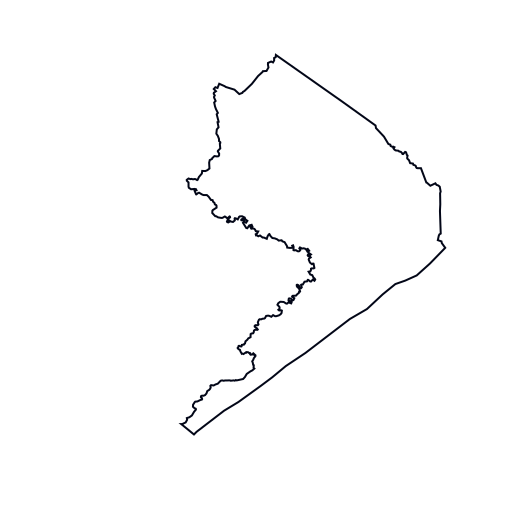 Jomoro, Western, Ghana, rotated 310°
{"feature_id": "2480657B70421803893954", "entity_name": "Jomoro", "entity_type": "district", "adm_level": 2, "iso_a3": "GHA", "parent_name": "Ghana", "parent_adm1": "Western", "projection": "robinson", "projection_center": [-2.777, 5.196], "detail": "fine", "context": "isolated", "style": "outline", "palette": "ink", "viewbox_px": 512, "rotation_deg": 310, "n_neighbors": 0, "source": "geoboundaries", "source_scale": "gbopen_adm2", "svg_char_len": 6154}
<svg xmlns="http://www.w3.org/2000/svg" viewBox="0 0 512 512"><g transform="rotate(310 256 256)"><path d="M297.4,160.1L293.1,164.1L290.5,163.6L288.5,162.6L286.6,160.1L284.4,161.5L279.8,161.5L276.9,162.3L276.3,162.1L276.0,160.3L275.6,159.6L274.3,158.5L273.5,156.9L272.7,156.3L272.0,154.5L269.8,154.0L269.2,154.6L269.0,157.0L265.8,159.7L265.1,160.7L265.4,163.4L267.9,165.8L268.6,167.1L268.1,168.1L267.1,167.2L266.5,167.0L264.7,170.5L264.8,170.7L267.1,171.2L267.9,171.7L268.5,175.4L269.0,176.7L271.1,179.2L271.0,181.6L270.0,185.5L270.9,186.8L270.0,188.2L270.0,190.0L269.1,191.3L269.4,192.8L269.1,193.5L267.7,194.7L263.4,193.4L262.6,193.5L260.8,194.9L260.3,199.2L260.9,200.0L261.2,202.1L262.9,205.0L263.7,205.8L266.2,206.7L266.4,207.3L266.4,209.3L267.1,210.0L269.3,210.3L269.4,210.7L268.9,211.3L266.6,210.7L263.7,211.6L263.5,212.2L263.9,213.2L264.8,213.5L265.6,212.1L266.0,212.5L266.2,214.5L267.3,216.5L269.6,216.9L271.0,215.5L271.4,215.5L271.9,216.5L272.3,218.5L275.1,217.9L275.9,218.1L277.5,219.8L278.2,222.6L277.3,224.2L277.3,223.0L276.5,222.0L274.8,221.4L274.1,221.5L274.0,221.9L277.3,225.0L277.4,226.8L275.1,227.0L274.7,224.5L273.1,224.6L271.2,230.5L271.7,231.5L275.1,231.2L277.1,232.6L276.3,234.2L275.9,234.0L275.7,233.3L274.6,233.1L273.9,234.7L274.2,235.3L275.1,235.5L275.7,237.3L275.6,238.3L274.9,239.9L276.2,241.9L274.1,242.3L272.5,241.8L271.8,242.8L272.4,243.4L272.6,245.1L274.3,245.9L274.4,249.2L275.2,250.2L276.1,253.2L278.5,252.2L280.8,251.9L281.4,252.2L280.6,254.3L280.3,257.0L281.6,259.1L282.4,261.6L282.4,263.5L284.5,265.5L284.2,266.8L285.0,269.0L283.5,273.4L282.5,274.5L284.0,276.8L285.3,278.2L286.6,278.4L287.2,277.1L288.0,277.5L287.2,278.9L284.6,280.9L284.8,281.6L286.1,282.8L286.4,284.8L286.9,285.6L287.6,286.1L289.0,286.1L289.5,285.5L289.6,284.4L290.7,284.1L291.0,284.6L291.2,286.4L292.4,287.4L293.1,288.7L293.2,290.3L292.8,291.5L294.4,290.8L294.7,291.0L294.2,293.4L293.0,293.1L292.6,293.5L292.3,294.5L292.5,297.1L292.0,297.0L291.3,295.4L290.7,294.9L289.8,295.1L289.5,296.0L290.3,297.6L290.1,298.8L288.1,298.2L287.1,298.7L285.8,301.2L285.6,302.2L285.7,304.1L286.9,304.5L287.1,305.0L284.4,308.4L283.6,308.2L282.2,306.5L281.6,306.3L280.6,307.1L279.2,307.5L277.8,306.4L276.7,309.5L277.5,311.4L276.4,313.9L276.4,315.5L276.0,316.5L274.6,316.7L274.4,314.7L271.7,314.5L271.3,313.7L271.3,311.4L271.0,311.0L269.4,311.4L267.5,309.7L264.3,310.2L263.4,309.2L262.8,309.1L261.4,311.2L260.2,311.2L259.9,310.9L259.8,309.8L260.7,308.3L260.9,307.3L260.5,306.0L260.1,305.8L259.3,306.4L258.8,307.6L258.8,309.7L257.3,312.5L256.9,312.6L256.3,312.0L255.1,312.6L253.7,312.2L251.3,312.1L249.1,309.7L248.7,309.6L248.0,309.8L248.3,312.5L246.4,313.0L245.2,312.5L245.7,311.2L245.7,310.2L245.0,308.8L244.5,308.5L242.9,309.4L242.7,310.0L243.9,311.8L244.0,312.4L243.4,313.1L242.3,313.4L241.5,310.9L241.0,310.6L239.7,310.5L239.0,309.8L238.6,306.8L236.8,304.3L236.3,303.9L234.1,303.4L232.4,303.8L232.1,306.5L231.6,307.3L230.7,307.9L229.2,307.7L229.2,308.8L230.5,310.0L230.8,310.9L228.8,312.2L227.2,312.3L225.2,311.7L222.8,310.1L222.1,309.2L221.7,307.1L219.3,306.8L218.7,304.7L218.1,303.6L216.6,302.3L214.1,302.8L213.3,302.5L212.1,301.3L210.7,300.6L210.0,299.5L209.1,299.2L206.4,300.0L205.1,301.9L204.2,301.9L202.6,300.0L201.4,300.0L201.0,300.6L201.2,303.3L200.8,304.6L200.3,304.5L199.3,303.1L198.4,302.5L197.5,302.4L196.1,303.3L195.0,303.5L193.6,302.3L192.7,302.1L190.3,304.0L187.8,303.0L186.4,303.2L183.9,302.8L181.9,303.8L181.1,303.5L180.4,303.7L178.8,302.3L177.5,303.0L177.1,302.8L176.3,300.7L175.9,300.5L174.9,301.0L173.8,301.0L173.5,301.4L173.5,303.2L173.8,304.0L172.9,305.4L172.0,307.9L172.4,308.0L172.8,309.4L175.5,310.2L175.7,310.6L176.8,310.1L176.1,311.0L176.5,310.8L177.2,311.8L177.2,312.9L177.8,313.6L177.7,314.3L177.0,314.6L176.9,315.3L178.2,316.5L179.3,316.5L179.2,316.9L179.7,316.8L179.6,319.1L179.1,319.0L178.9,319.8L178.3,319.7L177.9,320.0L176.3,320.0L174.8,320.6L172.9,320.8L172.2,322.1L170.8,323.8L170.9,324.5L168.8,326.0L168.7,327.1L166.0,326.7L164.1,325.9L159.7,324.7L156.2,325.3L153.5,325.2L148.7,321.5L148.0,320.8L148.0,320.3L146.8,319.8L146.4,318.9L144.2,316.8L144.0,316.1L140.8,312.3L139.7,311.5L138.9,310.0L137.7,309.1L133.6,308.8L131.5,307.5L129.6,306.8L128.2,304.6L127.2,304.5L126.1,305.8L124.8,306.2L123.4,306.2L121.2,305.5L118.9,306.4L116.7,306.4L115.2,305.6L114.3,304.4L113.2,304.0L112.4,304.6L112.4,305.8L111.8,306.7L111.1,306.8L110.3,306.1L106.9,304.6L105.4,303.1L104.7,303.0L101.6,303.4L100.0,304.6L99.9,306.7L100.3,308.0L99.7,308.7L96.8,308.7L92.6,309.4L89.6,308.6L87.4,307.2L86.3,308.5L83.3,309.1L79.8,307.5L79.2,306.8L79.4,323.2L83.2,323.5L117.0,331.0L132.9,336.4L159.8,343.2L173.4,346.4L190.9,349.6L213.5,356.2L268.1,368.4L286.7,375.1L308.0,377.7L324.1,380.8L333.0,386.1L344.4,391.6L362.1,394.1L383.9,395.7L385.3,390.1L386.4,388.7L385.0,385.1L389.0,383.0L390.4,382.6L391.9,383.1L408.7,368.0L414.1,363.9L422.4,356.7L424.1,356.0L427.2,352.2L427.2,350.4L426.5,348.5L427.0,346.7L421.9,344.4L422.0,339.6L421.8,339.2L429.3,325.9L427.3,323.6L426.7,322.5L426.9,321.7L427.7,320.4L427.6,319.4L427.0,318.0L427.7,316.8L426.2,314.4L427.7,311.7L427.9,309.2L428.5,308.6L430.4,307.5L430.4,306.6L431.7,304.6L431.9,303.9L431.6,303.3L428.7,303.2L428.3,302.7L428.7,301.8L428.9,300.0L428.1,298.5L428.2,297.5L426.6,295.0L426.5,293.6L426.8,292.2L428.3,292.1L428.0,290.9L427.4,290.6L426.8,288.5L427.6,287.3L426.9,285.4L429.7,277.3L431.1,265.7L432.8,263.7L429.7,222.8L422.8,142.0L420.9,143.3L419.3,142.6L417.5,144.2L415.2,144.6L414.7,142.6L411.6,141.1L410.3,142.1L408.4,144.4L404.5,145.1L402.0,142.5L401.2,142.7L395.2,141.9L385.2,142.2L375.0,141.1L373.3,140.5L372.2,140.7L369.3,139.1L369.6,132.6L366.1,124.3L365.9,122.7L364.3,117.1L360.0,118.5L359.2,116.4L357.1,116.3L356.8,116.3L356.5,119.4L354.0,118.8L353.1,119.3L352.5,121.2L350.8,121.6L350.4,122.1L348.8,125.4L346.7,125.3L344.2,128.5L342.8,130.9L341.1,134.8L339.3,134.8L334.8,141.1L333.8,140.5L330.5,144.6L327.8,144.6L324.2,147.0L323.5,149.5L321.9,152.4L320.3,153.8L320.2,155.5L319.7,156.0L318.8,156.1L315.4,159.5L312.1,159.2L311.6,159.5L310.8,161.9L309.4,163.0L308.3,163.1L307.2,162.1L305.8,159.9L302.7,159.6L301.9,159.9L299.8,158.9L297.4,160.1Z" fill="none" stroke="#020617" stroke-width="2"/></g></svg>